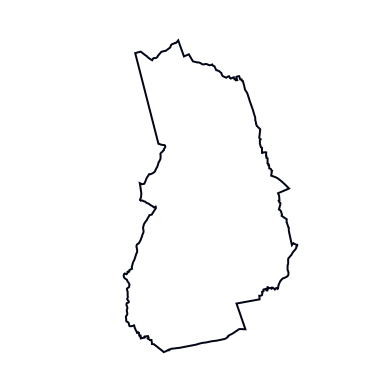 outline of Bang Pa-In, Phra Nakhon Si Ayutthaya, Thailand, rotated 166°
{"feature_id": "78962969B94424905183361", "entity_name": "Bang Pa-In", "entity_type": "district", "adm_level": 2, "iso_a3": "THA", "parent_name": "Thailand", "parent_adm1": "Phra Nakhon Si Ayutthaya", "projection": "equal_earth", "projection_center": [100.599, 14.226], "detail": "fine", "context": "isolated", "style": "outline", "palette": "ink", "viewbox_px": 384, "rotation_deg": 166, "n_neighbors": 0, "source": "geoboundaries", "source_scale": "gbopen_adm2", "svg_char_len": 5911}
<svg xmlns="http://www.w3.org/2000/svg" viewBox="0 0 384 384"><g transform="rotate(166 192 192)"><path d="M224.7,42.9L221.6,43.1L218.8,43.1L214.6,42.6L208.8,42.4L204.2,41.8L195.9,41.5L194.5,41.8L193.1,42.3L192.0,42.9L192.1,43.3L191.8,43.5L189.8,44.2L187.3,44.7L185.2,45.4L183.0,46.3L181.5,46.7L180.6,47.2L179.8,47.4L179.1,47.5L178.2,47.3L174.5,46.2L173.4,45.9L175.8,73.0L152.4,71.5L151.8,75.0L150.7,74.7L150.0,74.9L149.2,74.9L149.0,75.0L148.8,75.5L148.1,76.9L148.3,77.9L148.2,78.2L146.6,78.5L146.4,79.9L146.2,80.1L145.4,80.0L144.8,80.1L144.0,80.1L143.8,79.2L143.6,78.7L143.1,78.2L142.7,78.3L142.5,78.8L142.1,79.1L141.9,79.3L142.0,79.6L142.5,79.8L142.5,80.0L142.2,80.6L141.7,80.7L141.7,81.2L141.6,81.4L141.4,81.3L141.3,81.1L141.3,80.2L141.2,80.1L140.3,80.1L138.7,79.9L138.4,79.1L138.3,78.9L137.9,79.0L137.8,79.7L137.7,79.8L137.4,79.9L136.9,79.7L136.3,79.1L135.9,78.5L135.5,78.1L135.1,77.3L134.9,77.4L134.7,77.9L134.3,78.1L133.9,78.3L133.5,78.4L133.3,78.4L132.9,77.9L132.5,77.7L132.4,77.3L132.0,77.4L131.8,77.7L131.2,79.4L130.6,80.6L128.1,84.0L127.8,84.1L127.1,84.8L124.7,86.2L123.4,86.3L121.0,86.7L119.4,87.4L118.8,88.0L118.3,88.9L117.9,90.7L117.9,92.1L118.1,93.3L118.0,93.7L117.0,97.7L116.2,98.8L115.8,100.0L115.1,103.1L114.9,103.7L114.2,104.6L113.9,104.7L112.3,105.9L110.8,106.9L108.5,109.3L105.7,111.2L104.4,112.5L104.4,112.8L104.1,113.2L104.1,113.5L103.1,114.3L102.8,114.7L102.7,115.3L103.1,115.4L103.6,115.6L104.6,116.5L105.4,117.0L106.0,117.8L107.9,116.3L107.5,130.2L107.2,132.1L106.7,134.2L107.1,134.6L107.1,136.0L107.3,137.6L107.3,139.1L107.6,139.5L106.7,142.7L106.8,142.9L107.7,143.7L110.8,147.2L110.2,148.2L110.3,151.2L110.5,152.2L110.8,153.0L111.9,154.0L109.0,159.2L109.0,160.3L109.3,160.6L109.7,160.8L110.0,162.7L109.1,162.9L108.5,166.8L108.4,167.1L108.6,168.8L108.8,170.0L97.0,171.9L99.8,176.6L102.9,181.2L105.9,184.9L107.4,186.2L111.2,188.7L110.5,190.5L110.2,190.9L110.0,191.8L109.3,193.1L109.7,193.2L109.6,193.7L109.8,195.0L111.3,196.3L111.0,197.5L110.9,198.8L111.1,199.0L110.9,199.5L111.5,199.8L111.1,201.1L111.8,201.6L110.5,206.3L111.5,207.0L111.1,208.6L111.5,208.7L111.5,208.8L110.4,212.5L110.7,212.7L111.5,212.9L113.3,213.1L114.3,212.8L114.6,213.0L114.0,215.6L113.4,217.8L114.1,218.5L114.3,218.7L114.4,221.8L114.5,222.3L113.7,225.6L113.1,225.9L112.6,226.6L113.4,227.3L113.6,228.5L113.0,230.0L110.6,236.3L113.2,240.6L113.2,241.5L113.4,242.7L113.1,243.8L113.2,245.0L113.2,246.3L112.7,248.9L113.1,257.4L113.9,265.6L114.4,273.7L114.9,276.0L115.5,277.4L115.8,278.6L115.7,282.2L115.8,287.3L116.4,287.5L116.7,289.3L117.9,289.4L118.0,289.5L118.2,292.9L119.7,293.2L121.1,293.0L121.2,292.8L121.1,289.6L122.3,289.7L122.4,289.9L122.5,291.0L123.3,290.9L123.5,291.0L123.7,293.2L126.9,292.7L127.2,293.2L127.5,293.3L128.1,295.4L128.7,295.4L130.8,294.8L131.2,294.6L134.1,297.0L134.7,298.7L134.7,300.2L136.5,302.8L138.2,304.0L139.0,304.3L139.8,308.4L139.9,308.7L141.1,309.5L141.4,310.2L141.5,310.8L143.2,310.6L144.5,310.8L147.2,312.8L150.5,313.1L150.9,313.3L153.0,315.4L153.5,315.7L154.7,316.3L155.6,316.5L156.3,316.8L159.5,318.6L161.8,326.4L167.0,325.5L168.7,342.5L169.0,342.3L170.1,341.2L171.0,341.0L171.5,340.5L172.0,340.4L173.0,340.7L173.8,340.4L175.3,340.3L175.9,340.1L176.9,339.5L177.7,338.2L178.6,337.3L183.3,335.4L184.0,335.3L185.1,335.5L187.9,335.4L191.2,333.0L192.1,332.5L193.0,331.3L194.6,330.8L195.8,330.9L196.7,331.2L197.4,330.9L198.8,329.5L201.1,331.9L201.3,332.2L202.3,333.4L202.8,334.4L204.1,335.9L207.8,340.6L213.5,340.5L212.9,247.1L212.8,246.7L212.0,246.5L210.4,245.3L207.3,244.1L206.9,243.5L206.9,242.5L207.1,242.1L207.8,241.4L208.6,240.7L209.3,239.3L209.8,239.3L210.5,238.6L211.3,238.1L211.9,237.9L213.3,236.9L213.5,236.5L213.6,235.1L214.0,233.5L214.7,231.6L216.6,229.3L217.3,228.8L218.4,226.7L219.8,224.6L221.1,223.4L222.6,221.4L223.2,220.8L224.4,220.1L226.6,219.5L228.1,219.3L229.3,219.7L230.1,218.8L232.5,216.7L235.3,212.7L236.5,211.5L236.9,211.5L238.7,211.7L239.2,212.1L240.5,213.2L240.7,210.7L241.5,203.0L242.3,200.5L242.7,199.4L243.3,198.4L243.9,197.7L244.4,196.8L243.7,195.9L242.4,195.9L241.1,194.7L239.8,194.0L238.7,192.5L238.0,191.9L236.8,191.2L236.0,189.9L235.0,189.0L233.5,187.5L232.7,186.3L232.4,186.2L231.1,186.5L230.8,186.6L230.7,186.1L231.0,185.0L231.4,184.5L232.6,183.6L234.4,181.8L235.3,181.1L236.3,179.9L236.7,179.8L238.9,179.8L239.9,178.6L241.3,177.3L242.8,175.5L243.8,174.9L246.4,172.4L248.1,169.3L248.3,168.1L248.3,167.0L248.4,166.1L248.7,165.1L249.0,164.4L250.6,162.3L250.9,161.8L251.1,161.1L252.3,159.7L253.2,158.1L256.0,155.1L257.5,154.7L258.5,153.9L258.9,153.0L259.1,152.5L259.2,149.1L259.9,146.7L261.3,145.2L262.0,143.8L263.0,142.3L264.5,139.9L265.8,138.5L266.4,137.7L268.6,133.7L268.8,132.0L269.4,132.0L271.8,131.2L272.0,130.2L272.4,129.8L272.8,129.8L273.4,130.2L273.8,130.2L274.2,129.0L275.3,128.1L275.8,128.2L276.7,129.1L277.1,129.2L277.5,129.0L278.4,127.8L278.6,127.1L278.6,125.7L278.1,124.5L276.4,122.6L276.2,121.0L275.5,119.5L275.1,117.2L276.1,115.0L278.1,114.2L278.4,113.9L278.7,113.5L278.6,110.5L279.4,107.6L279.6,105.8L279.8,105.3L280.5,104.4L280.8,103.6L280.8,103.4L280.0,101.6L279.9,101.1L279.9,100.6L280.2,100.2L280.6,100.1L282.1,99.9L282.6,99.4L282.8,98.8L282.9,98.0L282.7,96.5L282.7,95.3L282.9,94.7L283.6,93.7L283.9,93.1L284.0,92.3L284.1,90.2L284.3,89.2L284.9,88.3L285.9,87.6L286.3,87.1L286.6,84.7L286.9,83.5L287.0,82.7L286.8,82.2L286.1,81.6L285.2,80.6L285.1,77.1L284.8,76.8L283.6,76.5L282.3,76.4L281.3,76.5L280.5,76.7L280.4,76.6L280.4,73.9L280.1,72.5L280.0,71.3L279.3,69.7L279.5,68.8L278.2,68.8L278.2,68.2L277.6,68.1L277.9,65.6L277.8,65.2L276.7,65.2L276.7,63.5L277.1,63.4L277.1,62.3L273.5,62.2L273.5,62.7L272.5,62.7L272.5,63.2L269.5,62.8L269.4,61.2L270.4,60.5L269.8,59.8L269.3,59.4L268.6,58.5L267.9,58.5L267.1,58.2L267.3,57.1L267.3,56.0L267.6,54.2L266.9,54.0L265.6,53.3L258.6,44.2L258.2,43.5L255.5,43.8L253.4,44.5L253.2,44.2L252.3,44.6L252.1,44.2L251.4,44.6L250.2,44.9L241.5,43.8L224.7,42.9Z" fill="none" stroke="#020617" stroke-width="2"/></g></svg>